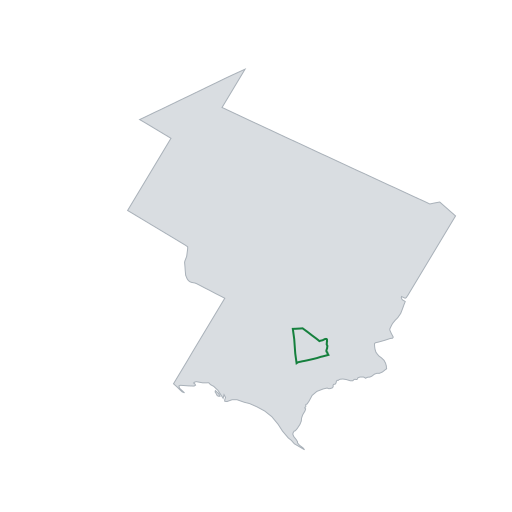 location of Magta lahjar, Brakna, Mauritania, rotated 301°
{"feature_id": "47542326B18376526841546", "entity_name": "Magta lahjar", "entity_type": "district", "adm_level": 2, "iso_a3": "MRT", "parent_name": "Mauritania", "parent_adm1": "Brakna", "projection": "mercator", "projection_center": [-12.791, 17.745], "detail": "fine", "context": "in_parent", "style": "outline", "palette": "green", "viewbox_px": 512, "rotation_deg": 301, "n_neighbors": 0, "source": "geoboundaries", "source_scale": "gbopen_adm2", "svg_char_len": 4076}
<svg xmlns="http://www.w3.org/2000/svg" viewBox="0 0 512 512"><g transform="rotate(301 256 256)"><path d="M222.2,424.3L221.7,424.1L219.0,422.2L217.7,420.0L215.6,418.3L212.7,417.2L210.8,415.9L209.9,414.5L208.8,413.5L207.7,413.0L207.6,412.5L207.8,411.8L207.6,410.4L205.8,407.5L204.2,406.1L202.9,406.3L202.1,406.0L201.6,405.3L201.4,404.4L200.5,403.6L198.9,403.2L197.6,401.0L196.6,397.0L195.3,393.8L193.7,391.6L192.6,390.8L191.8,390.6L191.5,390.2L191.3,389.6L190.1,389.4L188.3,390.0L186.8,389.8L186.0,388.7L185.0,388.6L183.6,389.5L182.2,389.3L180.5,387.8L179.6,386.4L179.5,385.0L176.7,382.1L171.3,377.9L165.4,375.9L159.0,376.2L155.4,376.0L154.6,375.3L153.8,375.3L153.0,376.1L152.2,376.3L151.3,375.9L150.8,376.2L150.5,377.3L148.3,377.8L144.0,377.8L140.6,378.5L137.9,379.8L134.2,380.4L129.4,380.2L126.5,379.7L125.5,378.9L124.1,378.8L122.3,379.2L120.7,381.3L119.3,385.1L118.2,387.2L117.2,387.8L116.2,390.6L115.7,395.3L114.9,397.4L114.8,385.6L116.2,381.2L116.7,377.3L119.6,368.8L123.1,361.7L126.4,352.4L127.6,343.3L127.2,334.4L126.2,326.5L124.6,321.3L123.0,313.6L120.6,309.6L116.3,306.1L115.4,304.1L116.4,303.3L119.0,302.8L120.7,300.0L117.1,301.1L121.2,292.7L122.5,286.9L122.3,283.2L123.0,280.8L119.9,275.8L117.5,269.4L116.3,268.4L115.0,267.9L114.9,269.4L114.2,270.7L112.6,269.9L110.0,265.2L106.2,257.7L104.9,256.9L103.8,257.9L103.2,258.9L101.9,265.2L101.5,262.7L102.1,259.8L103.0,256.2L104.0,251.1L107.3,251.1L113.0,251.1L124.6,251.1L130.4,251.1L142.0,251.0L147.8,251.0L159.3,251.0L165.1,251.0L176.7,251.0L182.5,251.0L194.1,251.0L199.9,251.0L203.7,251.0L203.5,247.4L203.3,244.5L203.0,240.7L202.8,236.8L202.6,233.0L202.3,229.4L202.1,225.8L201.9,222.4L201.7,219.4L201.4,217.6L200.1,214.1L199.9,212.3L200.2,210.5L201.0,208.7L203.3,205.6L206.7,203.1L210.7,200.3L213.7,198.1L215.2,197.6L219.9,196.8L223.6,195.2L227.2,193.6L228.7,192.7L228.9,189.7L228.9,122.5L246.8,122.5L251.5,122.5L284.4,122.5L289.1,122.5L313.1,122.5L313.1,119.3L313.1,114.6L313.1,108.3L313.1,102.0L313.1,90.7L313.0,86.0L317.8,89.2L327.3,95.4L332.0,98.6L341.5,104.8L351.0,111.0L360.5,117.3L365.3,120.4L370.0,123.5L374.8,126.6L379.5,129.7L389.0,135.9L393.0,138.5L399.1,142.6L404.8,146.5L410.5,150.4L401.7,150.4L389.8,150.4L381.8,150.4L373.5,150.4L365.8,150.4L366.5,156.8L367.2,163.7L367.9,170.6L368.6,177.5L369.3,184.3L371.5,204.8L372.2,211.7L372.9,218.5L373.6,225.2L374.4,232.0L375.8,245.5L376.5,252.3L377.2,259.0L378.0,265.7L378.7,272.4L379.4,279.1L380.8,292.5L381.5,299.2L382.3,305.8L383.0,312.5L383.7,319.1L384.4,325.7L385.1,332.3L385.9,338.9L387.3,352.1L388.0,358.7L388.7,365.3L389.5,371.8L390.1,378.2L393.2,381.5L396.9,385.7L395.8,391.6L394.5,398.7L393.1,406.4L382.6,406.4L372.3,406.4L346.6,406.4L341.4,406.4L315.7,406.4L310.5,406.4L300.6,406.4L297.6,406.2L296.6,405.6L296.2,401.6L295.3,401.9L294.3,403.0L293.8,404.3L293.9,406.0L293.8,407.4L290.5,407.9L286.0,408.8L281.3,409.6L276.5,409.3L274.9,409.0L273.2,408.5L269.4,407.9L267.4,407.8L265.0,408.0L262.2,408.3L261.3,409.0L259.2,412.0L257.2,415.4L255.9,415.4L254.4,413.5L250.3,410.0L245.3,405.3L243.1,403.0L241.9,402.7L239.5,404.3L237.5,405.9L235.4,408.2L234.4,410.4L233.6,412.9L233.3,416.0L232.5,419.5L230.8,422.3L228.8,424.4L227.3,425.4L226.7,426.0L222.2,424.3ZM118.9,294.8L117.3,297.4L116.6,296.4L116.3,294.7L117.8,292.3L118.4,291.0L119.7,290.5L118.9,294.8Z" fill="#d9dde1" stroke="#a8b0b8" stroke-width="1"/><path d="M208.5,369.0L208.9,368.4L208.9,368.1L209.4,367.3L210.1,366.8L210.3,365.7L211.0,365.1L212.0,364.8L212.3,364.7L212.8,364.6L213.5,364.5L214.3,364.1L215.1,363.8L215.7,363.5L216.4,362.5L216.5,362.3L216.9,361.9L217.6,361.7L218.2,361.4L218.7,361.0L219.4,360.9L219.7,360.6L220.2,360.3L220.5,360.2L221.0,359.8L221.2,359.2L220.8,358.4L220.1,357.7L218.1,356.5L216.5,354.8L215.7,354.2L216.0,352.4L216.3,350.0L216.8,344.7L217.4,339.7L218.0,333.2L216.1,330.5L214.0,327.4L212.5,325.1L204.4,331.6L196.7,337.0L192.6,339.9L185.0,346.0L186.5,346.7L187.7,347.9L188.5,348.8L189.5,349.8L190.7,351.2L192.8,353.5L197.5,358.4L197.9,358.8L199.0,359.9L200.0,360.9L201.5,362.2L203.1,363.6L204.2,364.8L208.5,369.0Z" fill="none" stroke="#15803d" stroke-width="2"/></g></svg>